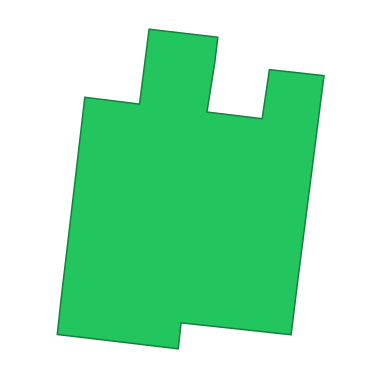 Dent, Missouri, United States of America, rotated 276°
{"feature_id": "52423323B29389566845482", "entity_name": "Dent", "entity_type": "district", "adm_level": 2, "iso_a3": "USA", "parent_name": "United States of America", "parent_adm1": "Missouri", "projection": "equal_earth", "projection_center": [-91.456, 37.603], "detail": "fine", "context": "isolated", "style": "filled", "palette": "green", "viewbox_px": 384, "rotation_deg": 276, "n_neighbors": 0, "source": "geoboundaries", "source_scale": "gbopen_adm2", "svg_char_len": 365}
<svg xmlns="http://www.w3.org/2000/svg" viewBox="0 0 384 384"><g transform="rotate(276 192 192)"><path d="M169.2,74.3L70.8,73.0L36.2,72.9L34.6,194.7L60.7,194.8L60.4,305.5L112.5,306.4L321.5,311.1L321.8,256.2L272.2,254.1L273.1,198.5L322.5,201.1L348.6,201.5L349.4,132.3L273.9,130.6L275.0,75.5L169.2,74.3Z" fill="#22c55e" stroke="#15803d" stroke-width="1.5"/></g></svg>